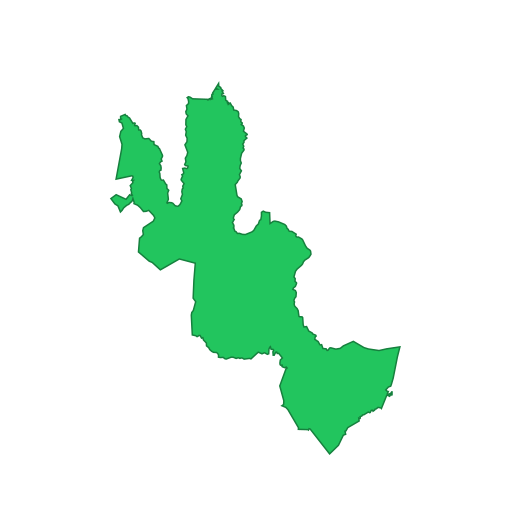 outline of Pilcaya, Guerrero, Mexico, rotated 35°
{"feature_id": "50627088B59284126208067", "entity_name": "Pilcaya", "entity_type": "district", "adm_level": 2, "iso_a3": "MEX", "parent_name": "Mexico", "parent_adm1": "Guerrero", "projection": "robinson", "projection_center": [-99.629, 18.716], "detail": "fine", "context": "isolated", "style": "filled", "palette": "green", "viewbox_px": 512, "rotation_deg": 35, "n_neighbors": 0, "source": "geoboundaries", "source_scale": "gbopen_adm2", "svg_char_len": 6138}
<svg xmlns="http://www.w3.org/2000/svg" viewBox="0 0 512 512"><g transform="rotate(35 256 256)"><path d="M108.8,165.8L109.9,166.0L112.1,168.0L113.3,169.8L112.7,172.7L115.2,175.3L115.7,178.0L117.3,179.6L119.9,180.2L120.3,184.3L123.3,188.8L125.1,189.7L125.4,192.6L127.6,194.2L129.1,197.4L132.0,199.0L133.9,202.0L134.0,205.7L140.6,210.2L141.8,213.4L142.0,216.4L144.6,219.1L145.1,222.0L146.2,222.4L148.7,221.3L149.1,221.7L149.5,223.2L149.2,224.1L147.1,224.9L145.7,226.4L149.0,229.2L149.4,230.2L148.6,231.9L150.0,232.7L150.7,236.2L151.4,236.8L155.6,238.0L155.9,240.8L157.3,242.1L157.2,243.5L158.4,245.9L160.4,247.7L161.6,252.3L163.7,253.4L164.2,257.5L163.7,259.8L162.8,260.5L160.9,261.2L157.6,260.5L156.2,260.8L154.1,262.0L153.1,263.7L152.5,263.5L151.7,259.8L147.5,255.1L146.8,252.2L144.3,251.8L142.1,248.9L140.7,248.8L136.6,246.9L135.4,248.0L134.4,248.0L132.4,246.7L129.9,243.6L128.5,242.7L128.2,241.2L128.9,240.2L127.8,238.3L126.3,236.7L123.9,235.8L123.8,233.8L124.6,232.2L122.7,230.9L122.3,228.1L121.7,227.2L115.3,223.4L114.5,223.5L112.7,222.5L108.6,223.2L106.7,220.9L104.5,222.0L100.8,221.2L97.8,223.8L95.5,224.2L92.7,222.4L92.1,221.2L90.1,219.5L88.9,219.2L87.6,220.0L85.8,217.9L83.6,217.5L82.2,218.7L81.6,218.6L80.9,216.6L79.8,216.9L79.1,218.0L73.3,215.5L71.4,215.6L69.8,215.1L68.7,215.7L67.6,215.1L65.0,219.3L66.3,221.1L67.2,221.0L66.9,222.0L65.5,222.9L67.1,224.4L69.9,224.0L74.2,227.5L73.8,231.4L75.8,236.4L82.2,241.4L84.4,245.1L97.3,273.3L108.2,261.6L109.3,261.3L110.3,262.2L110.7,265.4L112.2,264.4L112.0,265.4L113.1,266.6L112.6,270.5L115.2,272.1L115.4,273.5L117.7,275.3L118.1,276.4L119.8,277.1L119.2,278.0L117.4,278.3L117.0,284.1L106.3,286.0L104.2,292.2L110.6,294.3L114.1,294.1L119.7,297.7L120.1,295.5L120.0,292.4L121.1,288.4L122.1,286.7L122.6,283.6L123.0,283.0L122.9,281.4L122.2,279.5L125.6,282.1L126.0,283.1L129.9,282.3L133.4,282.7L138.3,284.1L140.3,282.5L142.0,280.1L148.8,281.5L151.3,282.8L151.9,286.4L147.6,297.3L148.7,300.2L151.4,303.0L151.1,306.0L150.4,308.2L157.4,320.1L171.5,321.5L174.7,320.8L185.6,322.2L194.9,302.4L210.4,296.7L219.0,311.4L228.7,326.6L232.8,328.0L235.9,336.6L235.8,339.1L236.9,341.5L249.1,357.2L252.5,355.8L253.8,355.9L254.3,355.5L254.8,353.9L255.8,353.2L258.5,354.5L259.3,353.4L261.1,354.9L265.2,355.7L267.0,358.0L269.8,358.2L271.8,359.2L274.4,359.5L276.4,359.3L279.0,357.7L280.4,357.8L282.0,358.5L283.3,360.4L285.1,359.6L287.2,357.9L289.5,358.0L290.7,357.5L293.8,353.0L295.4,352.0L298.5,351.3L299.8,349.5L301.6,349.1L302.2,348.1L303.5,347.4L305.4,347.3L309.4,343.6L310.9,343.2L313.0,333.5L317.0,332.7L318.4,330.4L321.7,330.0L322.5,328.8L320.0,324.8L319.6,322.8L319.8,322.0L321.9,323.8L323.5,322.7L324.5,323.0L324.8,324.8L327.0,327.4L327.8,326.8L327.3,323.6L328.1,322.8L329.3,323.7L330.5,322.7L336.1,324.4L335.6,327.3L337.0,330.0L338.1,331.2L338.8,331.3L340.1,330.4L340.7,331.6L341.8,331.5L343.6,331.0L344.5,329.6L345.7,329.9L345.3,331.2L350.0,348.8L361.8,358.6L363.8,361.8L363.1,363.8L367.3,362.9L370.2,363.5L389.3,372.3L390.1,373.7L398.0,368.5L398.8,368.5L398.5,367.0L399.7,366.7L429.8,375.9L432.1,363.7L430.3,352.7L431.7,350.6L429.4,348.5L430.0,347.7L429.6,343.9L435.1,332.0L433.3,330.0L434.0,330.0L434.4,329.5L434.3,328.8L433.4,327.9L434.5,326.3L434.4,325.1L435.4,324.2L437.5,319.4L438.9,319.2L439.3,318.7L439.0,316.3L440.1,315.4L440.9,316.0L441.6,314.2L441.3,313.4L442.2,312.2L442.8,310.0L445.4,308.8L446.2,309.0L443.0,295.2L443.8,294.6L445.9,294.3L445.9,293.3L445.4,292.3L445.6,291.8L447.0,292.0L447.0,291.6L445.4,289.3L445.1,289.5L445.1,291.4L443.6,293.5L442.6,293.6L442.1,291.2L441.6,291.6L439.1,291.2L439.6,287.3L441.0,285.4L440.6,283.7L438.4,277.3L429.7,257.6L426.0,247.9L416.3,257.1L411.0,262.9L401.4,267.7L397.0,269.1L384.7,270.1L379.1,279.5L378.0,283.3L374.8,286.5L369.9,288.3L369.1,289.1L369.0,292.1L368.4,292.6L366.7,291.8L363.9,293.4L360.6,291.0L360.0,291.8L359.1,292.0L355.9,290.4L355.2,290.7L354.5,290.4L352.0,290.6L350.9,288.4L351.2,287.1L350.3,286.6L347.5,287.3L346.1,286.8L342.2,287.2L337.9,284.8L336.0,286.6L334.1,285.3L329.6,279.7L328.7,279.4L326.4,280.8L325.7,280.7L321.9,276.6L319.8,275.5L316.5,274.9L315.6,274.2L314.7,273.4L313.9,271.5L312.9,271.0L312.3,270.1L311.9,267.9L312.1,266.5L310.0,262.9L308.1,261.7L305.3,262.2L305.0,260.6L305.7,258.4L305.0,255.3L304.4,254.6L302.6,254.5L301.0,252.0L299.1,251.4L297.1,245.8L297.2,243.0L298.6,237.5L298.7,235.7L298.2,233.6L298.4,231.3L300.0,227.4L300.2,226.1L300.0,223.0L297.9,220.7L296.9,220.3L293.3,220.3L290.7,219.3L284.9,216.0L283.7,215.7L279.9,216.1L278.9,216.9L277.7,217.1L276.8,216.3L276.4,215.1L271.3,215.3L269.3,216.5L268.4,216.5L267.2,215.7L265.5,215.5L263.7,214.1L261.5,213.7L254.9,215.1L251.4,216.6L250.3,217.7L248.9,221.4L242.3,212.7L238.9,214.6L236.2,215.1L235.4,217.1L237.5,220.1L239.1,223.5L238.5,224.8L239.6,228.5L239.0,231.1L239.5,236.4L238.8,238.7L235.0,244.5L232.4,246.1L229.5,246.9L227.8,248.2L225.6,247.5L224.4,247.8L222.4,246.3L221.4,246.0L221.4,245.1L220.2,243.5L217.5,242.1L217.2,238.6L216.2,238.4L215.5,237.5L214.6,234.7L215.7,230.7L216.0,227.3L215.0,224.3L215.5,222.9L215.0,222.0L214.1,221.6L213.4,219.3L211.1,217.7L207.2,218.0L205.7,217.3L198.0,209.4L198.4,206.2L198.1,205.1L198.2,201.2L197.6,200.2L195.7,198.8L195.2,194.6L192.4,193.6L191.1,190.9L190.6,188.3L188.5,186.8L187.2,184.9L185.3,180.0L185.4,176.2L184.9,175.3L183.4,174.9L183.0,173.1L180.9,171.9L181.0,169.9L180.0,168.4L180.9,164.6L178.8,164.2L178.3,163.4L179.2,161.6L178.9,161.3L174.2,161.0L173.0,157.9L171.1,156.7L168.6,156.8L168.8,155.7L168.4,154.9L166.5,154.7L165.5,152.8L163.8,152.8L161.8,151.9L160.2,149.3L158.8,148.1L156.7,148.0L154.0,149.2L151.9,147.1L149.8,146.8L147.2,145.5L146.3,147.8L145.9,147.5L146.1,146.2L145.5,146.1L144.7,146.9L143.9,146.2L143.9,145.6L141.9,145.8L139.5,142.9L137.7,143.2L137.0,144.4L136.1,144.3L135.1,142.9L136.1,141.6L133.9,140.6L133.6,140.2L134.1,139.6L130.9,138.9L130.5,138.2L128.1,138.2L126.4,136.1L126.7,141.6L128.7,141.4L127.0,142.7L126.8,142.5L127.0,147.2L127.9,148.0L127.2,148.9L128.3,151.0L128.7,150.6L129.6,152.2L130.1,152.3L129.2,153.6L128.5,152.6L127.5,154.3L127.8,154.8L127.1,155.7L126.7,155.3L113.9,163.6L110.9,163.7L109.3,164.3L108.8,165.8Z" fill="#22c55e" stroke="#15803d" stroke-width="1.5"/></g></svg>